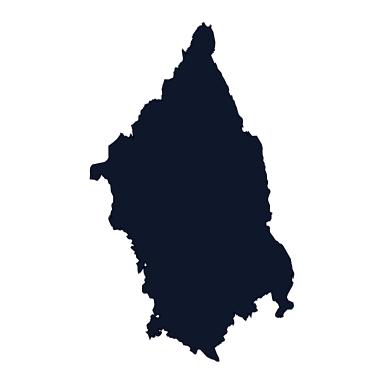 Yangon (North), Yangon, Myanmar (Equal Earth projection)
{"feature_id": "60261553B66884558345744", "entity_name": "Yangon (North)", "entity_type": "district", "adm_level": 2, "iso_a3": "MMR", "parent_name": "Myanmar", "parent_adm1": "Yangon", "projection": "equal_earth", "projection_center": [96.121, 17.31], "detail": "fine", "context": "isolated", "style": "filled", "palette": "ink", "viewbox_px": 384, "rotation_deg": 0, "n_neighbors": 0, "source": "geoboundaries", "source_scale": "gbopen_adm2", "svg_char_len": 6033}
<svg xmlns="http://www.w3.org/2000/svg" viewBox="0 0 384 384"><path d="M90.5,178.7L95.7,179.1L96.0,179.8L97.0,180.1L99.4,177.7L101.0,173.8L101.7,173.8L103.1,175.8L104.7,177.0L104.9,177.8L108.2,179.2L109.2,183.1L111.0,184.4L111.6,191.5L113.8,196.0L113.9,197.3L113.9,201.8L113.4,203.2L112.4,204.2L112.1,205.4L113.0,210.2L112.0,210.8L111.6,211.8L111.0,214.8L111.7,216.8L110.2,216.1L110.2,217.9L109.3,217.5L109.1,219.2L110.6,222.9L111.9,225.6L113.5,226.4L113.5,228.1L114.1,229.4L117.8,228.8L119.9,229.7L120.0,228.9L120.6,229.2L120.9,227.9L121.4,228.0L121.8,229.2L123.8,230.0L124.3,231.4L126.2,231.8L128.7,234.3L128.7,235.3L127.2,236.7L128.6,238.3L129.5,238.7L131.2,238.4L133.3,240.5L132.1,243.1L134.4,244.6L134.5,246.0L133.3,247.3L132.1,246.6L131.4,247.6L134.1,250.1L135.5,250.8L135.1,253.6L136.6,253.9L136.9,257.3L139.6,260.0L140.0,261.2L138.9,261.9L138.4,262.9L137.0,263.5L138.3,266.3L138.3,270.3L138.8,272.7L140.3,271.7L143.2,267.1L144.2,262.9L145.7,262.2L147.6,265.1L146.2,267.3L144.5,266.5L143.9,267.0L144.6,273.4L146.7,278.0L145.4,279.0L145.0,280.1L145.7,281.8L145.7,282.9L142.8,285.7L142.8,291.4L144.1,292.9L147.2,292.6L148.4,293.6L150.3,297.7L152.5,297.7L154.5,298.8L155.1,304.4L154.8,306.7L153.1,310.2L155.5,315.6L157.6,314.1L158.8,314.1L159.9,315.6L159.8,317.4L158.1,318.4L155.6,317.7L153.4,315.3L152.6,315.0L151.1,316.3L151.6,318.8L150.9,320.0L151.1,321.4L150.5,321.8L150.1,323.1L149.4,323.1L147.5,324.7L147.3,325.8L147.8,328.2L149.4,330.0L148.5,330.6L148.4,331.7L146.7,332.2L148.6,334.0L150.0,338.2L150.9,336.0L153.8,337.1L154.1,335.9L154.6,336.0L154.2,334.3L155.5,334.5L156.8,335.5L158.6,335.7L160.0,334.7L161.2,332.9L161.1,332.2L160.2,331.7L159.3,333.2L158.8,333.3L158.1,329.2L160.4,329.4L161.2,330.0L162.8,328.0L164.0,327.9L164.6,329.9L168.7,331.1L168.5,332.8L166.9,334.6L167.9,335.9L169.3,335.8L170.2,337.1L172.5,337.1L173.9,338.1L176.6,337.8L179.7,341.0L182.5,341.7L183.9,344.5L188.4,345.3L190.4,347.0L191.0,348.2L191.1,349.0L190.5,350.3L193.3,352.1L194.4,353.4L195.1,353.7L195.8,353.3L197.2,348.9L198.4,348.6L200.8,349.2L207.4,356.3L212.0,358.6L214.7,359.2L216.4,360.6L218.4,361.0L218.7,360.8L218.3,358.3L215.8,353.1L213.6,347.1L215.3,346.7L217.1,344.8L218.2,344.7L219.7,343.2L220.8,342.9L221.4,341.5L223.2,340.9L224.3,339.9L222.4,335.9L226.1,333.2L226.9,331.7L226.0,329.3L227.7,326.1L229.7,325.4L230.1,324.9L229.9,324.1L232.8,323.8L233.0,323.3L233.2,324.0L233.6,323.1L233.3,320.2L232.5,319.5L232.6,317.5L233.3,317.1L234.5,315.2L234.2,313.8L233.5,312.6L234.7,313.1L235.6,312.8L236.5,314.1L237.7,314.4L238.7,315.5L241.5,316.6L242.4,316.4L244.8,319.5L245.7,320.0L246.0,319.5L245.7,318.1L246.8,317.8L247.9,315.9L248.3,313.7L249.3,314.0L250.8,316.2L251.1,313.6L252.3,311.2L252.9,310.8L254.1,311.8L257.0,310.6L256.7,309.6L255.4,308.3L256.0,306.4L254.8,304.0L253.1,304.1L252.4,303.6L254.1,300.7L255.5,299.8L256.4,299.9L256.3,299.1L259.0,296.8L259.8,296.6L260.0,297.6L261.0,297.6L262.7,295.6L264.6,294.5L264.5,293.7L266.4,293.2L266.7,294.0L267.9,293.0L268.3,292.0L269.9,292.0L271.0,291.4L271.8,292.2L273.1,299.8L273.7,300.4L276.5,300.7L276.6,301.4L277.2,301.6L277.1,302.3L278.4,303.1L280.2,307.4L278.3,309.6L276.7,312.5L275.9,314.2L275.9,315.9L277.9,317.2L279.0,316.6L280.2,317.1L280.3,316.4L280.5,316.8L281.0,316.4L281.0,316.8L281.9,316.8L282.8,316.3L282.6,314.6L283.5,312.5L287.1,308.8L291.3,308.8L292.8,307.2L293.2,305.5L292.6,303.0L288.1,301.1L286.2,297.8L286.4,296.2L287.2,294.0L292.2,284.8L291.6,283.6L292.7,282.9L291.9,282.2L291.3,280.1L291.8,277.2L290.9,275.8L292.4,274.7L293.1,276.5L293.5,274.4L293.5,273.2L291.7,269.1L291.3,265.2L290.6,263.8L290.8,262.6L290.4,261.9L290.1,259.2L282.6,246.1L281.0,244.5L279.1,244.0L277.2,241.7L275.4,241.1L269.2,232.2L269.1,229.7L268.8,229.6L269.3,228.6L269.0,227.2L268.1,226.6L265.9,226.3L265.4,221.8L267.2,221.4L268.2,220.5L269.6,220.6L270.9,218.2L270.4,217.8L270.4,217.0L270.8,216.8L270.6,215.4L271.6,213.3L269.4,212.2L269.1,211.1L269.3,205.6L267.5,200.9L267.3,198.5L268.8,193.9L269.8,191.9L269.4,190.1L267.9,189.2L266.8,187.1L266.6,185.5L267.3,183.5L267.3,181.1L266.4,179.9L266.1,174.5L264.2,169.2L264.6,168.7L264.8,166.6L263.9,165.2L264.0,163.7L262.5,160.9L262.8,157.8L261.9,154.9L261.7,150.7L262.0,148.5L261.0,144.4L256.4,136.5L251.7,136.6L248.3,132.2L247.4,134.2L246.5,132.0L245.0,132.8L243.0,132.3L241.8,130.7L240.9,126.9L242.7,126.7L241.9,124.2L242.3,121.9L242.0,119.0L239.3,116.4L237.9,114.5L236.0,107.4L234.8,104.8L233.8,101.2L232.2,99.5L231.6,96.1L229.8,96.0L227.8,91.1L228.5,90.1L227.7,86.7L226.3,85.0L223.8,79.6L221.6,76.1L220.8,73.2L217.1,69.0L216.2,65.6L215.3,63.7L214.3,64.6L210.0,54.7L211.6,53.7L212.1,52.3L213.1,52.0L212.7,50.4L214.1,50.2L213.8,48.2L214.3,46.9L214.6,42.3L212.7,32.3L210.4,28.1L210.9,24.9L209.8,26.8L207.8,27.7L205.2,25.8L203.7,23.0L202.8,23.4L202.5,23.7L203.0,25.3L202.6,26.0L200.1,26.2L198.9,27.5L198.3,27.5L197.8,28.3L198.1,29.2L196.8,30.1L193.4,35.2L193.2,36.7L192.7,37.0L193.6,38.1L192.7,39.9L192.7,40.6L191.9,41.1L191.6,42.6L191.1,43.3L191.8,45.1L190.5,46.0L190.7,47.0L188.2,48.5L188.4,49.3L187.1,50.6L186.6,53.7L185.6,53.7L185.0,52.1L183.8,51.6L182.8,50.0L182.5,50.8L183.8,58.6L183.2,61.4L180.4,63.6L179.9,65.3L179.2,65.4L178.9,66.7L179.2,67.5L178.9,68.6L175.7,68.1L175.3,68.7L175.2,71.1L174.2,72.4L174.3,74.6L173.9,78.0L169.0,80.2L165.0,80.0L163.7,84.7L163.2,85.2L163.2,86.6L162.4,89.1L163.0,93.4L162.7,95.2L162.1,95.7L162.4,97.8L162.2,99.1L161.4,100.5L158.2,99.9L157.0,101.1L156.3,100.8L155.7,99.5L154.9,99.5L154.7,100.3L152.9,100.1L151.7,101.4L150.6,101.8L149.9,101.5L148.8,104.1L146.0,104.6L145.9,105.4L145.1,105.4L145.2,106.4L143.8,108.1L143.5,109.1L141.4,110.7L141.2,112.6L141.4,114.9L139.9,115.4L139.1,116.3L139.1,119.9L137.6,121.8L136.1,122.0L136.0,122.7L134.3,123.5L134.2,124.7L131.9,125.5L133.1,129.6L133.0,131.6L133.7,135.8L133.3,138.6L130.8,134.7L129.8,137.4L128.4,138.1L125.9,136.4L124.8,137.2L124.2,137.0L122.4,134.1L121.0,133.7L121.1,134.4L117.7,139.3L113.3,143.2L109.1,146.2L109.2,157.8L107.8,160.3L105.1,162.6L92.6,165.2L91.0,167.5L90.6,170.3L90.8,174.5L90.5,178.7Z" fill="#0f172a" stroke="#020617" stroke-width="1.5"/></svg>